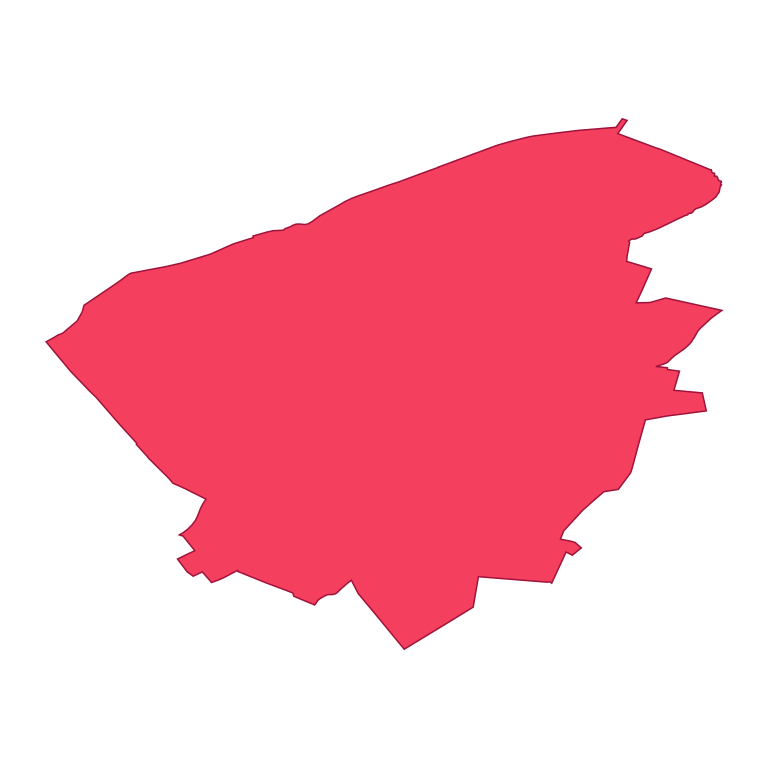 Kandava, Kandavas, Latvia (Natural Earth projection)
{"feature_id": "27541924B48959095645396", "entity_name": "Kandava", "entity_type": "district", "adm_level": 2, "iso_a3": "LVA", "parent_name": "Latvia", "parent_adm1": "Kandavas", "projection": "natural_earth1", "projection_center": [22.784, 57.039], "detail": "fine", "context": "isolated", "style": "filled", "palette": "rose", "viewbox_px": 768, "rotation_deg": 0, "n_neighbors": 0, "source": "geoboundaries", "source_scale": "gbopen_adm2", "svg_char_len": 3513}
<svg xmlns="http://www.w3.org/2000/svg" viewBox="0 0 768 768"><path d="M136.7,443.2L136.3,444.4L141.5,450.1L146.7,455.8L148.8,458.5L168.7,478.2L173.0,483.3L177.4,485.2L185.2,488.7L192.7,492.5L205.9,499.1L203.1,503.5L201.7,506.1L200.4,508.7L198.9,512.6L197.3,516.6L196.3,518.6L195.3,520.6L193.5,522.9L191.8,525.1L189.6,527.3L187.4,529.5L184.9,531.3L182.4,533.2L180.8,534.0L179.3,534.9L181.1,535.5L183.0,536.0L194.3,550.1L194.8,550.7L188.1,553.8L177.5,559.0L178.3,560.1L187.3,572.0L193.2,576.2L202.3,571.9L210.2,580.9L211.4,582.5L212.5,582.2L214.8,581.3L217.5,580.4L220.0,579.3L222.7,578.2L228.1,575.4L237.7,570.3L237.9,571.5L266.4,583.0L281.9,588.8L292.9,593.0L293.7,596.2L306.3,601.5L311.7,603.7L312.3,603.9L314.6,605.0L315.7,603.7L318.0,600.2L320.1,598.6L321.9,597.5L325.3,595.7L327.6,594.7L329.6,594.6L332.9,594.5L335.4,593.8L337.1,592.7L341.6,588.3L347.5,583.2L351.4,580.3L351.8,581.1L358.1,593.4L376.8,615.9L404.2,649.2L439.6,627.7L473.2,607.1L478.4,576.7L546.1,582.1L547.4,582.1L548.7,582.0L549.2,582.0L549.6,581.9L550.1,581.9L551.7,583.2L563.2,558.3L566.1,552.0L572.3,555.2L581.3,547.9L575.2,542.5L571.3,541.3L563.6,539.8L560.4,539.2L563.5,531.5L563.8,530.8L583.0,509.9L584.5,508.7L592.8,501.3L603.9,491.7L618.3,489.4L630.5,473.0L631.5,470.4L633.5,463.2L634.9,457.9L635.6,455.4L635.8,454.6L638.0,446.4L640.7,436.7L645.4,419.9L665.7,416.2L667.0,416.0L686.6,413.5L706.3,410.9L704.3,401.9L702.3,392.9L688.1,391.6L673.9,390.3L679.5,371.2L667.5,369.5L667.4,367.7L664.5,367.4L660.2,366.9L655.8,366.5L664.5,363.8L667.7,362.2L671.1,358.8L674.6,355.6L678.4,353.0L684.6,348.6L689.2,344.4L691.6,341.6L694.6,336.9L697.6,331.5L700.1,328.5L708.4,320.8L710.9,318.5L715.7,314.8L721.9,310.4L665.7,298.0L650.0,302.5L647.6,302.6L636.2,302.8L642.7,288.9L648.0,276.8L651.5,268.9L639.7,265.3L626.7,261.4L627.0,256.9L629.4,243.4L629.6,242.6L628.8,241.2L630.8,239.5L632.2,239.1L635.2,239.0L636.9,238.4L642.2,236.0L644.0,233.5L650.1,231.7L658.1,228.5L667.3,224.1L675.6,220.0L684.5,215.8L687.7,214.8L688.1,214.0L689.7,213.0L690.8,213.3L692.6,212.3L694.2,210.0L695.7,208.8L701.1,207.0L706.0,204.3L711.1,200.7L713.8,198.7L715.9,196.9L717.5,194.4L719.2,192.0L719.7,189.4L720.2,186.8L720.7,186.1L721.2,185.4L721.4,185.1L721.5,184.9L720.7,184.2L720.7,183.0L721.5,182.3L721.1,181.1L719.9,181.0L718.4,180.1L717.9,178.8L717.7,177.8L717.6,177.6L716.8,176.3L716.1,176.1L714.9,176.4L714.3,176.2L714.7,174.4L714.6,173.6L714.1,173.0L712.8,173.0L711.8,172.4L711.7,171.0L711.3,169.7L710.2,169.7L660.4,149.3L654.4,147.3L617.8,133.6L627.1,120.4L622.2,118.8L616.1,127.3L580.3,130.2L564.8,132.0L549.6,133.9L535.6,135.7L531.7,136.3L526.9,137.3L511.4,141.2L503.2,143.5L499.0,144.7L495.1,146.0L487.5,148.8L481.4,151.1L478.3,152.3L475.1,153.4L457.2,160.1L438.3,167.1L438.5,167.3L437.4,167.7L427.3,171.3L398.8,181.9L388.2,185.3L376.0,189.7L357.9,196.0L352.0,198.2L344.5,201.8L341.8,203.5L319.9,215.7L312.2,221.5L307.8,224.0L304.8,224.5L303.2,224.4L300.3,224.1L297.8,224.0L295.3,224.3L294.0,224.9L293.0,225.2L290.8,226.5L289.4,227.1L286.2,228.2L284.7,228.9L283.4,230.2L273.3,230.7L266.8,232.1L253.0,236.0L253.4,237.6L234.9,243.4L231.5,244.7L210.6,254.0L207.9,254.9L180.3,263.3L166.8,266.4L146.1,270.3L138.9,271.7L130.8,273.2L128.4,274.5L128.0,274.8L117.9,282.3L112.6,285.9L107.2,289.6L95.6,297.4L84.0,305.3L82.2,311.9L77.2,320.9L62.8,333.1L57.7,335.2L54.1,337.4L53.6,337.7L46.1,341.8L54.1,351.5L62.8,361.9L63.9,363.2L70.3,371.0L89.8,391.3L95.9,397.1L118.6,423.3L129.6,435.4L136.2,442.7L136.7,443.2Z" fill="#f43f5e" stroke="#9f1239" stroke-width="1.5"/></svg>